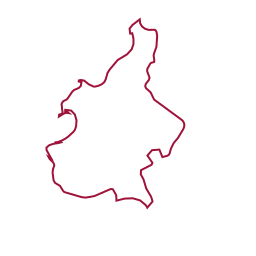 the Province of Oristrano, rotated 43°
{"feature_id": "ITA-5373", "entity_name": "Oristrano", "entity_type": "Province", "adm_level": 1, "iso_a3": "ITA", "parent_name": "Italy", "parent_adm1": "", "projection": "orthographic", "projection_center": [8.647, 40.028], "detail": "fine", "context": "isolated", "style": "outline", "palette": "rose", "viewbox_px": 256, "rotation_deg": 43, "n_neighbors": 0, "source": "natural_earth", "source_scale": "10m", "svg_char_len": 1846}
<svg xmlns="http://www.w3.org/2000/svg" viewBox="0 0 256 256"><g transform="rotate(43 128 128)"><path d="M89.4,203.3L92.5,202.6L83.5,199.7L81.7,197.9L82.2,194.1L84.4,190.2L87.2,186.7L88.9,184.0L87.7,184.0L87.1,185.5L86.3,186.8L85.3,187.9L84.1,188.6L86.2,186.3L88.1,182.5L89.5,178.4L90.1,175.3L90.7,168.1L90.4,165.5L88.9,162.2L85.1,157.5L80.0,154.4L74.6,154.0L69.7,157.5L70.9,158.9L71.5,157.7L72.3,157.5L73.3,157.6L74.6,157.5L72.6,158.9L71.3,161.0L69.7,166.8L68.5,165.1L70.1,162.5L68.9,160.6L66.7,159.0L64.2,156.6L63.7,156.4L63.2,156.0L62.6,154.3L62.4,152.6L62.9,151.1L63.5,149.7L63.8,148.1L62.5,139.7L62.6,137.1L64.7,132.2L64.8,129.4L62.7,126.2L60.2,127.6L59.6,126.7L60.9,124.9L63.9,123.1L64.4,123.2L69.7,122.8L72.8,121.7L74.1,121.4L75.6,120.3L77.4,117.6L78.9,114.1L79.4,110.7L78.5,107.6L75.4,101.5L74.7,97.3L74.1,85.2L77.1,74.7L77.0,67.9L74.7,62.8L71.0,58.9L66.5,55.8L65.2,57.5L61.4,54.3L61.0,49.7L62.5,40.5L65.6,43.2L69.2,44.2L72.8,43.8L76.3,42.1L80.0,38.4L81.4,37.7L83.0,38.1L86.4,40.6L93.4,49.2L96.3,55.9L97.3,57.5L101.0,60.5L102.1,61.9L100.5,64.5L100.4,65.8L101.8,71.6L103.4,73.5L109.3,76.4L110.5,78.6L111.0,83.8L112.1,85.7L114.0,86.6L120.2,86.5L127.7,89.4L162.0,85.4L163.7,85.5L165.3,86.1L166.9,87.1L168.3,88.9L169.2,91.2L171.3,101.0L171.7,107.9L173.6,114.1L175.9,118.4L176.1,120.0L175.7,121.5L173.0,125.8L165.7,122.4L160.7,127.8L161.0,134.9L169.6,136.8L170.3,138.8L166.3,149.9L169.0,153.2L174.4,155.0L182.6,159.8L191.8,162.5L195.6,164.7L196.0,165.0L196.1,165.4L196.4,173.1L195.6,172.7L193.3,172.3L186.2,172.7L179.5,176.1L173.7,181.9L169.1,189.0L165.2,185.2L158.9,183.2L158.2,183.4L157.5,184.0L156.8,184.8L149.8,200.8L144.5,207.8L141.2,210.2L125.1,218.3L123.2,218.2L117.7,216.7L112.0,217.9L109.1,216.9L103.2,212.0L101.2,209.2L99.8,206.0L99.1,205.2L96.8,204.2L91.8,204.1L89.4,203.3Z" fill="none" stroke="#9f1239" stroke-width="2"/></g></svg>